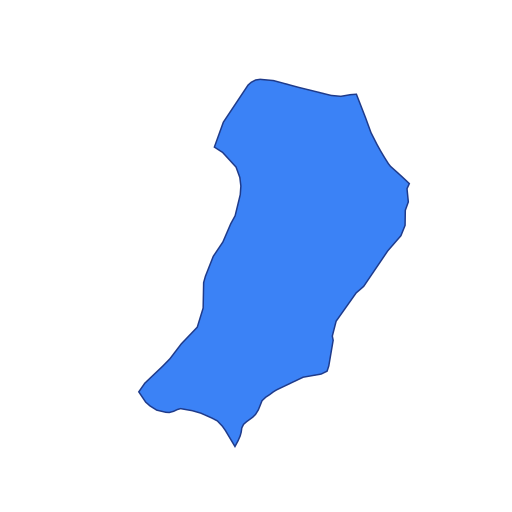 outline of Palestina de Los Altos, Quezaltenango, Guatemala, rotated 327°
{"feature_id": "79465075B38894333871635", "entity_name": "Palestina de Los Altos", "entity_type": "district", "adm_level": 2, "iso_a3": "GTM", "parent_name": "Guatemala", "parent_adm1": "Quezaltenango", "projection": "albers", "projection_center": [-91.683, 14.936], "detail": "fine", "context": "isolated", "style": "filled", "palette": "blue", "viewbox_px": 512, "rotation_deg": 327, "n_neighbors": 0, "source": "geoboundaries", "source_scale": "gbopen_adm2", "svg_char_len": 1208}
<svg xmlns="http://www.w3.org/2000/svg" viewBox="0 0 512 512"><g transform="rotate(327 256 256)"><path d="M428.3,175.0L423.2,172.2L414.1,168.3L406.4,162.2L383.4,137.6L366.2,118.4L355.7,110.1L351.6,108.2L346.7,107.7L342.5,108.3L301.5,126.0L280.4,142.0L284.4,150.9L287.7,170.6L285.2,181.4L281.4,189.1L276.2,196.0L260.4,210.9L252.4,215.2L235.9,226.2L220.0,233.0L202.6,245.4L197.6,249.8L183.3,270.9L168.0,283.7L145.5,289.0L127.9,295.3L117.6,297.6L93.5,302.1L83.7,306.1L83.9,318.5L85.4,323.9L88.8,331.2L95.3,338.0L98.0,340.0L102.4,341.4L106.3,341.9L109.6,342.9L118.3,351.0L124.1,357.7L130.7,367.8L133.8,373.3L135.1,380.4L135.3,385.5L134.6,404.3L140.3,401.2L144.7,398.3L147.6,395.7L150.5,392.4L153.9,390.4L158.0,389.8L165.5,389.4L169.3,388.6L174.2,386.3L182.3,380.6L187.3,379.7L191.9,379.7L195.9,379.4L198.4,379.4L200.5,379.5L204.4,380.0L229.5,383.3L246.4,390.5L252.9,391.3L257.2,387.8L274.8,368.7L276.4,364.7L287.7,354.3L319.9,341.5L329.8,340.1L369.4,323.4L388.6,317.9L397.7,311.5L406.1,299.0L413.2,293.6L419.3,281.8L424.0,278.8L421.7,269.3L418.6,257.7L417.6,254.0L417.3,250.7L417.4,243.4L417.7,235.8L418.2,228.4L419.6,215.2L423.1,200.0L428.3,175.0Z" fill="#3b82f6" stroke="#1e3a8a" stroke-width="1.5"/></g></svg>